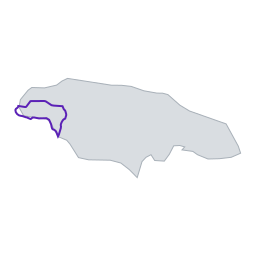 Westmoreland on a map of Jamaica (Natural Earth projection)
{"feature_id": "JAM-1376", "entity_name": "Westmoreland", "entity_type": "Parish", "adm_level": 1, "iso_a3": "JAM", "parent_name": "Jamaica", "parent_adm1": "", "projection": "natural_earth1", "projection_center": [-78.09, 18.195], "detail": "fine", "context": "in_parent", "style": "outline", "palette": "violet", "viewbox_px": 256, "rotation_deg": 0, "n_neighbors": 0, "source": "natural_earth", "source_scale": "10m", "svg_char_len": 1460}
<svg xmlns="http://www.w3.org/2000/svg" viewBox="0 0 256 256"><path d="M131.2,86.4L143.9,90.8L156.9,93.1L162.6,93.2L167.9,94.6L179.9,105.2L189.5,111.0L226.1,123.9L238.3,146.2L240.6,153.2L231.2,157.3L219.3,158.7L208.0,159.0L197.5,154.7L192.9,151.4L182.0,149.9L184.7,146.9L179.8,145.5L173.7,145.8L169.3,154.3L164.3,161.1L154.7,160.5L151.0,154.7L146.0,157.3L142.0,161.6L137.2,177.6L129.3,169.6L120.8,163.0L110.2,160.2L88.6,159.8L78.5,157.6L70.0,144.1L66.7,140.2L58.2,136.7L49.7,121.2L46.7,119.1L23.7,115.8L19.0,107.3L20.4,99.6L28.1,90.2L31.8,87.5L44.5,87.9L56.6,85.1L61.9,81.1L67.5,78.4L111.4,85.2L121.5,85.3L131.2,86.4Z" fill="#d9dde1" stroke="#a8b0b8" stroke-width="1"/><path d="M58.0,136.4L56.4,132.2L55.6,130.9L54.7,130.2L53.7,129.6L52.8,129.3L52.2,128.7L51.7,127.2L51.1,124.3L49.1,119.8L46.5,118.2L38.9,118.4L34.2,117.5L32.5,117.5L31.5,118.5L30.7,119.0L30.0,118.8L27.4,117.7L27.2,117.5L25.7,117.2L22.5,116.1L20.7,115.8L18.9,115.3L17.1,114.0L15.8,112.1L15.4,110.0L15.9,108.9L17.5,107.7L18.2,106.7L18.3,106.0L19.3,106.1L24.9,107.0L25.5,107.0L26.0,106.9L26.5,106.4L30.4,101.2L31.0,101.1L43.9,101.0L44.9,101.1L45.8,101.4L51.5,105.2L53.8,105.6L62.5,106.2L63.7,109.0L64.3,109.8L64.5,109.9L64.7,110.1L64.9,110.3L65.1,110.6L65.4,111.2L66.2,114.1L66.2,115.3L65.2,118.6L63.6,119.4L63.3,119.8L62.8,120.3L61.6,122.3L61.0,123.9L60.8,124.7L60.8,125.0L60.8,125.4L60.9,126.0L61.0,126.3L60.8,128.1L58.8,134.8L58.0,136.4Z" fill="none" stroke="#5b21b6" stroke-width="2"/></svg>